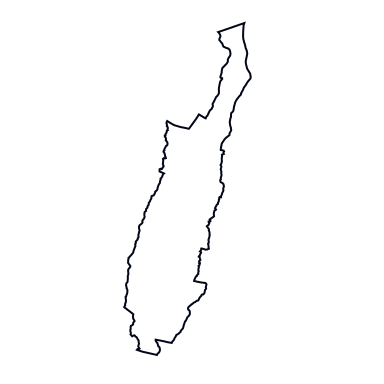 Gatundu South, Central, Kenya (orthographic projection), rotated 71°
{"feature_id": "3690345B82721742326841", "entity_name": "Gatundu South", "entity_type": "district", "adm_level": 2, "iso_a3": "KEN", "parent_name": "Kenya", "parent_adm1": "Central", "projection": "orthographic", "projection_center": [36.813, -0.954], "detail": "fine", "context": "isolated", "style": "outline", "palette": "ink", "viewbox_px": 384, "rotation_deg": 71, "n_neighbors": 0, "source": "geoboundaries", "source_scale": "gbopen_adm2", "svg_char_len": 6096}
<svg xmlns="http://www.w3.org/2000/svg" viewBox="0 0 384 384"><g transform="rotate(71 192 192)"><path d="M49.3,87.5L49.3,115.2L50.3,114.7L51.4,114.4L53.3,114.2L54.4,114.6L55.8,116.0L57.0,116.7L60.5,115.5L61.2,115.1L62.3,115.0L63.6,115.1L64.8,114.9L67.2,112.4L68.1,111.0L69.6,110.2L71.4,110.2L72.5,110.3L73.7,110.6L75.0,111.2L76.0,112.1L76.8,113.4L77.8,114.4L78.7,115.1L80.3,115.6L81.0,116.3L81.9,117.4L84.6,122.8L85.2,123.3L87.4,124.6L88.5,124.9L90.5,126.3L92.5,127.8L93.5,127.6L94.1,126.5L94.9,126.6L96.5,129.1L97.4,129.8L102.2,132.6L104.2,133.4L105.2,133.6L107.5,134.5L108.3,135.3L109.3,136.6L110.0,138.2L114.0,142.2L114.6,143.0L115.7,144.0L117.3,144.1L118.3,144.8L118.9,145.6L119.7,146.1L120.1,146.9L120.3,147.8L121.0,148.8L122.3,150.2L124.2,151.9L124.9,152.7L125.3,153.7L126.8,155.1L126.2,155.8L120.9,160.2L124.3,164.4L130.7,173.6L131.2,174.4L128.3,179.1L127.3,181.0L123.3,186.7L121.8,188.2L116.8,192.4L118.2,193.6L119.5,193.8L120.5,193.8L121.6,194.4L122.5,193.9L123.7,194.0L124.7,194.7L125.6,194.7L125.8,195.8L126.8,196.3L127.8,197.0L128.8,198.4L129.9,198.6L130.0,199.5L130.8,199.7L131.9,199.2L133.6,199.3L134.5,200.0L136.6,199.2L137.7,199.2L139.4,199.9L139.9,200.6L139.9,201.4L141.3,202.8L141.9,203.6L142.7,204.3L143.6,204.5L143.8,205.2L144.7,205.9L145.6,205.4L146.5,205.5L147.6,205.4L149.7,205.8L150.6,205.5L151.5,205.7L151.4,206.8L150.8,207.7L151.3,208.7L152.4,208.8L155.3,210.0L156.0,210.5L156.8,210.5L157.9,210.3L158.7,210.6L159.1,211.6L160.1,212.4L160.5,213.3L159.8,214.1L159.9,215.2L161.1,215.7L162.0,216.0L165.3,212.5L165.6,213.3L166.9,214.6L167.7,215.2L168.2,215.7L168.7,216.4L169.1,217.4L170.2,217.6L171.0,218.5L173.1,219.5L173.6,220.3L174.9,221.7L177.1,223.3L178.4,224.0L179.1,224.9L179.4,226.1L179.8,226.8L180.7,227.1L182.7,229.2L182.7,231.4L183.5,232.0L185.0,232.6L186.1,234.0L187.1,234.8L188.4,236.5L190.1,237.2L190.5,238.0L191.3,238.9L192.3,239.2L193.1,240.9L194.9,241.6L195.3,242.8L195.9,243.6L197.0,244.0L197.7,244.4L200.4,245.0L201.8,246.5L202.7,248.0L203.5,248.5L204.5,248.6L205.1,249.2L205.5,249.8L206.3,252.1L206.7,252.8L207.7,253.5L209.6,254.0L210.6,254.0L211.7,254.2L212.2,254.8L215.4,256.8L217.4,257.3L218.1,258.4L219.0,258.7L219.5,259.3L219.8,260.1L220.8,261.5L222.0,261.7L222.8,262.7L224.5,263.0L228.3,266.2L229.2,266.7L230.2,267.5L230.7,268.1L233.1,272.3L233.6,273.5L234.5,273.6L235.1,274.3L238.3,275.5L241.2,274.6L241.9,274.4L242.6,274.7L243.2,275.5L243.8,276.6L244.9,277.8L247.7,278.6L248.6,278.7L250.8,280.2L253.0,280.8L254.5,281.6L255.4,281.9L256.1,282.3L257.0,283.8L258.0,284.4L259.2,284.8L260.9,284.9L261.8,285.2L262.8,285.0L263.7,285.0L266.0,285.9L267.2,286.6L267.8,287.3L269.2,288.2L269.6,289.0L270.9,289.2L271.8,289.5L273.2,289.8L274.3,290.2L276.2,291.8L277.5,292.1L278.1,293.0L278.8,293.6L288.4,287.3L290.9,288.5L293.0,288.8L293.9,288.5L295.3,288.3L295.8,288.9L296.1,289.7L296.9,290.4L298.0,290.8L298.4,291.7L298.7,293.3L299.6,294.0L301.4,294.5L302.1,295.1L303.4,295.6L304.7,295.6L305.8,295.9L306.7,296.5L309.0,295.5L308.7,294.3L308.8,293.0L310.3,292.5L310.9,291.9L311.8,291.5L313.5,291.3L314.3,291.0L315.2,290.9L317.0,291.4L318.0,291.4L320.2,293.0L320.9,293.1L322.9,292.6L323.0,293.9L322.8,294.7L323.3,295.5L326.8,290.9L334.7,278.2L333.7,277.3L333.0,275.4L331.5,274.0L330.4,273.6L328.9,273.3L327.6,273.5L327.0,274.1L323.5,273.9L322.6,274.4L321.5,274.6L320.7,274.8L319.8,274.4L324.5,266.3L325.8,264.4L328.1,260.3L326.9,259.1L326.3,257.9L325.5,256.8L324.7,256.3L323.1,254.2L322.1,253.4L321.7,251.0L321.1,249.9L320.6,248.4L319.6,247.8L318.2,245.3L317.5,244.5L315.7,243.5L312.1,240.7L311.7,239.7L308.8,237.0L307.9,235.0L307.0,234.0L306.0,233.5L304.3,233.0L303.4,233.0L301.7,233.9L300.4,233.5L299.6,232.6L299.1,231.6L298.6,230.0L298.1,229.2L298.0,228.3L297.1,226.0L297.1,224.9L296.7,223.8L296.4,222.6L296.6,221.5L296.1,220.8L294.6,219.5L293.6,217.9L293.2,217.0L292.4,216.4L292.2,215.7L292.5,214.8L292.1,213.8L291.6,213.2L288.7,211.4L288.4,210.7L287.7,210.0L286.6,210.0L284.1,208.4L283.3,208.5L282.4,208.9L280.3,213.2L278.6,216.1L276.8,219.0L275.6,218.2L273.1,215.7L273.0,214.7L272.2,214.2L271.5,212.7L270.7,212.6L269.8,212.1L269.0,211.4L268.1,211.5L266.8,211.0L265.5,210.0L264.0,209.9L263.7,208.8L262.8,208.3L261.8,208.5L261.8,207.7L261.0,207.6L259.9,207.9L259.3,207.3L259.0,206.2L258.3,206.1L257.2,206.2L255.9,205.9L255.3,206.6L254.8,206.0L254.4,205.2L253.5,204.5L252.3,203.1L251.5,203.3L250.8,203.8L250.3,202.8L249.6,202.1L248.5,201.7L248.7,200.9L250.9,198.0L251.3,196.1L251.1,194.5L249.3,194.3L247.6,193.7L246.7,193.8L245.9,193.5L245.4,192.7L244.6,192.4L242.7,192.0L241.9,191.6L241.3,190.9L239.5,189.9L238.7,189.3L237.8,189.3L236.7,188.8L235.7,188.5L233.8,188.6L232.7,188.1L229.2,189.1L228.4,186.9L226.9,185.6L226.2,186.1L225.3,185.9L225.4,184.0L224.6,184.0L223.7,184.2L222.2,179.1L220.8,178.8L219.7,178.5L218.9,178.1L217.5,177.3L216.8,176.6L216.8,175.6L216.4,175.0L214.8,175.5L212.5,173.1L211.9,172.2L211.7,171.3L210.6,170.9L209.3,169.6L207.8,169.0L207.4,168.3L206.6,168.3L205.8,167.7L205.8,166.9L206.3,166.2L205.5,165.9L203.5,164.2L202.7,163.7L201.5,162.4L200.6,161.7L199.8,161.7L199.1,161.3L198.3,161.0L197.2,160.0L194.8,159.7L193.8,160.1L193.1,160.5L192.6,161.2L191.5,161.8L189.8,161.4L189.4,160.6L187.6,160.0L186.7,159.2L185.6,158.5L183.7,158.3L182.2,157.5L181.3,157.6L179.7,157.4L178.3,156.3L177.3,155.9L176.5,156.2L175.7,156.2L175.2,155.4L172.7,153.7L171.3,153.4L169.3,152.7L168.5,152.1L166.5,151.6L166.4,149.5L165.3,149.6L164.6,149.1L164.0,148.4L163.2,148.7L162.5,149.6L161.7,151.1L160.9,150.9L159.3,150.0L158.4,149.6L157.9,149.1L157.0,148.8L155.6,147.8L154.7,146.5L153.4,144.9L152.6,143.8L151.8,142.1L150.4,138.1L148.7,137.3L146.5,134.9L145.7,134.6L144.7,134.6L143.9,134.3L143.0,134.3L140.6,134.1L137.7,133.4L136.3,132.4L135.2,132.0L133.9,130.8L130.3,129.4L129.2,127.1L128.3,126.2L125.2,124.6L121.5,122.1L120.0,120.6L118.7,119.1L118.1,117.9L117.1,116.6L115.8,114.0L114.7,113.5L111.7,110.2L110.3,109.1L108.8,106.9L105.9,103.4L103.7,99.7L101.8,98.9L98.9,98.5L93.4,99.7L88.4,99.3L86.0,98.7L79.2,94.7L75.9,94.2L73.0,94.4L70.7,94.0L66.9,93.9L63.7,93.6L61.4,93.0L57.3,91.5L51.1,88.9L49.3,87.5Z" fill="none" stroke="#020617" stroke-width="2"/></g></svg>